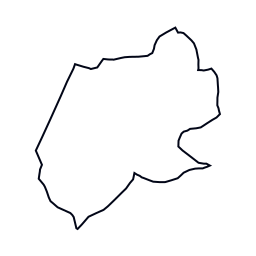 Al-Shirqat, Sala ad-Din, Iraq (Robinson projection), rotated 349°
{"feature_id": "34846034B7804505829075", "entity_name": "Al-Shirqat", "entity_type": "district", "adm_level": 2, "iso_a3": "IRQ", "parent_name": "Iraq", "parent_adm1": "Sala ad-Din", "projection": "robinson", "projection_center": [43.229, 35.472], "detail": "fine", "context": "isolated", "style": "outline", "palette": "ink", "viewbox_px": 256, "rotation_deg": 349, "n_neighbors": 0, "source": "geoboundaries", "source_scale": "gbopen_adm2", "svg_char_len": 1643}
<svg xmlns="http://www.w3.org/2000/svg" viewBox="0 0 256 256"><g transform="rotate(349 128 128)"><path d="M59.2,217.5L64.3,213.9L72.3,207.6L81.0,205.4L88.4,203.7L93.2,201.1L100.3,196.5L109.7,190.2L114.6,187.0L119.5,182.3L123.2,179.4L124.1,177.3L125.7,173.4L127.9,175.5L130.4,177.2L132.1,179.1L133.7,180.0L138.9,183.3L142.5,185.5L149.2,187.3L154.2,188.2L160.5,187.6L167.2,186.8L170.7,184.7L174.1,182.5L180.3,180.9L186.1,180.7L190.0,181.2L193.7,181.9L195.7,181.5L198.1,181.2L201.2,180.5L198.2,178.0L195.4,177.4L190.6,175.6L185.8,170.1L177.2,160.4L173.9,155.8L175.2,150.1L177.0,147.3L179.5,143.7L182.0,142.2L185.8,141.9L188.8,140.7L194.9,141.3L199.5,141.3L202.5,140.1L207.1,138.2L212.4,136.1L216.9,134.6L220.9,131.9L220.6,128.1L220.6,125.8L220.0,122.8L220.9,118.6L221.6,115.2L223.5,109.9L224.1,105.7L224.4,103.1L225.3,96.2L225.0,93.2L223.4,89.4L221.2,85.6L217.7,86.0L214.0,86.0L213.3,86.0L211.1,85.2L207.9,84.5L208.6,82.9L209.2,79.1L210.2,74.6L210.1,72.3L210.1,67.4L210.1,64.0L208.9,57.5L207.0,54.1L202.9,48.4L200.6,45.4L197.8,44.2L195.3,43.9L193.6,38.5L190.6,39.4L183.8,41.5L179.7,43.0L176.4,44.2L173.1,47.3L169.9,51.8L168.6,55.2L166.1,59.1L163.8,59.7L161.0,60.9L157.7,60.6L151.7,60.0L143.3,58.5L138.3,57.9L134.7,57.9L126.9,58.2L126.1,57.9L121.8,57.0L117.0,55.5L115.0,57.3L109.4,62.7L102.8,63.0L101.1,61.8L96.0,59.4L89.2,55.8L88.2,55.2L85.7,59.4L77.0,70.9L68.2,83.7L53.0,105.2L42.1,120.4L33.2,132.6L36.5,147.7L33.7,152.0L33.2,153.8L32.2,156.5L30.7,160.8L34.4,167.5L35.2,169.9L36.2,175.0L37.0,181.1L38.0,185.1L39.5,186.9L43.8,192.4L55.2,200.5L56.7,202.7L57.7,205.1L58.2,216.6L59.2,217.5Z" fill="none" stroke="#020617" stroke-width="2"/></g></svg>